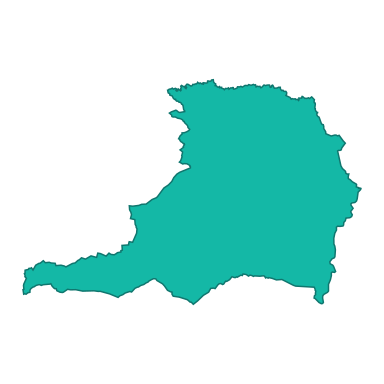 the district of Wat Sing, Chai Nat, Thailand
{"feature_id": "78962969B4118502895229", "entity_name": "Wat Sing", "entity_type": "district", "adm_level": 2, "iso_a3": "THA", "parent_name": "Thailand", "parent_adm1": "Chai Nat", "projection": "orthographic", "projection_center": [99.951, 15.22], "detail": "fine", "context": "isolated", "style": "filled", "palette": "teal", "viewbox_px": 384, "rotation_deg": 0, "n_neighbors": 0, "source": "geoboundaries", "source_scale": "gbopen_adm2", "svg_char_len": 5922}
<svg xmlns="http://www.w3.org/2000/svg" viewBox="0 0 384 384"><path d="M314.1,298.1L315.1,298.5L319.0,302.5L321.3,303.7L322.6,303.5L323.4,302.4L322.6,298.0L322.8,295.7L324.0,294.3L327.5,292.3L328.5,291.0L328.5,284.3L330.4,279.8L331.4,275.5L331.3,273.0L332.3,272.0L334.6,272.4L335.6,271.5L333.5,266.2L332.7,265.1L330.2,263.8L329.8,261.8L332.1,258.8L334.3,257.8L334.9,256.7L335.4,249.8L334.8,246.1L333.9,244.1L333.8,238.3L334.8,233.3L336.5,230.0L336.4,227.2L337.6,226.2L340.0,226.4L343.0,226.0L343.6,225.0L343.8,222.4L345.3,220.8L346.0,218.1L349.9,217.7L351.6,216.6L352.3,214.8L350.9,212.3L350.8,211.4L353.1,208.3L351.0,205.2L351.0,203.7L352.1,202.9L354.9,202.5L356.5,201.0L357.2,198.8L358.1,192.2L360.4,189.8L361.0,188.7L360.7,188.2L358.6,188.4L358.8,187.7L356.3,186.9L356.6,184.6L356.3,184.1L352.2,181.7L350.3,179.8L348.3,178.6L348.2,176.8L348.8,174.0L347.5,174.1L345.9,173.4L345.5,171.3L342.4,168.5L340.9,165.8L337.6,151.0L338.3,150.4L340.0,150.4L341.2,149.9L341.8,147.9L345.3,143.2L343.1,140.8L339.1,135.3L337.7,135.9L336.1,135.1L334.6,135.1L331.2,136.0L325.8,133.7L325.7,131.8L323.7,128.4L323.8,126.7L323.3,124.7L322.1,124.4L321.3,123.4L319.1,117.2L317.8,116.4L317.1,115.4L316.7,113.8L317.0,113.1L317.5,113.0L317.6,112.4L316.9,112.2L315.9,111.2L315.2,109.4L315.3,108.5L314.8,108.1L315.3,104.1L315.1,103.0L314.4,102.9L314.2,102.5L314.1,100.9L314.4,99.7L311.7,96.9L309.5,98.5L308.4,97.8L306.8,98.5L305.9,98.2L304.9,98.5L302.6,96.5L302.0,96.5L301.7,98.1L298.8,98.1L299.0,99.8L298.6,100.5L297.4,99.3L295.8,99.6L295.3,98.8L293.5,99.0L292.1,98.6L291.2,99.2L290.1,97.5L285.9,95.5L286.6,94.3L286.7,92.7L285.9,91.4L283.8,91.3L282.9,90.2L281.8,90.6L281.0,89.8L280.3,88.5L280.3,87.3L278.4,87.3L277.3,88.0L274.3,88.2L272.9,85.4L272.4,85.1L271.8,85.5L271.3,87.0L270.6,87.4L270.0,87.0L269.8,85.4L269.4,85.0L267.0,85.1L265.7,85.6L264.0,85.0L261.5,87.5L260.7,87.7L259.9,86.3L258.7,86.6L257.4,86.2L256.1,86.9L255.6,84.9L255.3,84.7L254.5,85.1L253.4,84.4L251.1,85.3L248.7,84.6L247.7,85.6L245.1,85.4L242.4,87.1L240.9,86.3L239.8,86.9L237.5,86.8L236.9,88.2L233.9,89.2L233.3,88.8L233.3,87.6L232.9,87.5L231.5,88.0L230.6,87.9L229.0,89.2L228.4,87.9L227.2,88.6L225.5,88.4L224.3,89.7L223.6,88.8L221.8,88.3L221.6,87.3L219.6,87.8L219.3,87.5L219.8,86.9L219.6,86.5L218.6,87.1L217.4,87.0L216.5,85.9L215.2,85.6L215.7,84.8L215.7,83.9L214.6,83.3L213.6,82.0L213.3,79.7L211.5,80.0L211.0,81.0L210.0,81.3L207.8,80.9L207.5,81.2L207.6,82.6L206.3,83.1L203.7,82.8L203.4,84.2L202.7,84.0L202.7,83.1L201.4,83.8L200.1,82.9L199.2,83.6L197.6,82.3L197.2,83.3L196.2,84.0L195.2,83.9L194.3,84.5L192.8,84.4L192.2,85.6L191.0,86.1L187.8,84.2L186.7,84.3L185.5,86.0L186.6,87.4L186.0,88.6L185.0,87.8L184.2,86.4L183.4,86.6L181.6,85.4L180.7,86.2L181.3,87.6L180.6,88.7L181.1,90.1L180.6,90.8L178.3,89.0L177.6,90.9L176.5,91.0L175.9,90.2L176.8,89.1L175.4,88.3L173.3,89.1L172.3,88.1L170.9,88.9L169.1,89.2L168.2,90.1L167.6,90.2L168.2,92.9L169.7,93.7L169.9,95.2L172.2,95.9L173.4,98.4L174.7,99.5L175.6,99.3L175.9,100.4L176.6,101.1L178.0,101.2L179.1,102.3L179.9,102.2L181.1,103.0L181.6,104.2L182.3,104.4L183.0,105.5L183.7,109.8L184.6,110.6L184.7,111.6L179.8,112.5L178.5,112.1L176.6,110.5L175.8,110.2L171.3,111.9L169.4,113.1L171.6,115.0L171.9,116.5L173.1,117.0L175.4,117.0L177.7,118.2L180.4,118.7L182.5,119.8L183.2,121.1L184.3,121.5L184.4,122.5L187.0,125.0L187.7,126.0L188.0,127.6L189.7,129.3L188.9,130.5L186.5,131.9L184.3,132.7L182.0,132.9L182.0,134.2L180.3,135.6L178.6,138.8L179.7,139.4L180.0,140.6L181.2,141.9L182.3,142.4L183.5,143.8L184.2,143.7L184.5,144.5L183.2,146.6L183.5,147.3L180.1,149.9L182.5,151.8L182.5,152.8L181.7,155.8L182.1,156.6L181.3,159.0L180.6,160.8L179.4,162.1L182.8,164.0L184.2,163.6L187.0,163.8L189.9,165.5L189.8,166.2L190.4,166.7L190.4,167.9L179.7,172.3L176.9,174.1L173.8,177.6L171.8,181.5L168.5,184.9L163.9,188.0L157.3,196.9L156.0,197.9L152.1,199.5L146.1,204.1L141.7,204.3L138.9,205.4L132.7,206.2L129.3,205.8L129.6,209.8L130.9,212.3L131.5,214.7L130.5,218.6L134.8,219.6L135.2,224.4L136.1,226.1L136.2,227.5L137.0,228.8L136.6,233.2L132.6,242.3L129.2,241.7L128.7,243.4L128.6,244.9L122.0,245.4L122.3,250.2L120.9,250.6L120.9,252.0L117.3,252.7L116.6,253.4L114.2,254.8L110.9,254.4L109.0,253.1L106.1,256.1L100.5,253.6L97.8,253.1L96.6,257.4L91.0,255.9L85.5,259.1L81.5,257.8L79.4,259.7L77.8,260.5L75.2,262.9L72.4,263.5L65.9,266.9L64.3,266.0L61.0,265.2L55.9,265.6L55.2,263.3L51.2,263.0L49.2,262.3L45.3,262.7L43.3,260.7L40.2,263.2L38.8,263.4L35.7,265.2L33.0,270.0L31.5,267.8L30.9,268.2L28.9,268.4L28.4,269.4L25.1,270.2L25.0,273.3L24.4,273.6L25.3,276.2L24.9,276.7L26.4,278.3L23.8,284.1L23.5,285.6L23.9,289.3L23.0,289.6L23.7,294.2L24.7,293.8L26.1,294.2L27.8,292.8L29.9,292.3L30.0,290.1L30.9,288.6L32.9,287.1L33.9,286.9L36.2,285.4L38.7,284.7L40.0,284.7L41.2,285.4L43.3,284.7L49.9,284.1L50.8,283.7L52.1,286.1L53.8,288.0L54.8,288.7L56.3,288.7L56.8,290.7L60.0,292.2L62.4,292.5L63.4,292.2L67.6,289.3L70.6,289.8L75.8,289.7L82.7,291.1L94.0,290.8L98.2,291.4L100.2,291.3L109.6,293.9L118.1,297.4L119.8,295.8L122.8,294.7L125.2,293.0L129.8,291.5L131.6,292.0L135.0,288.3L137.3,287.2L138.5,287.0L140.7,285.5L143.8,284.5L146.1,282.9L148.0,282.1L149.0,281.0L151.5,279.6L153.5,278.7L155.4,278.8L155.9,279.0L156.9,280.5L162.5,283.8L164.5,286.0L167.5,290.3L170.5,291.8L172.0,292.1L172.0,294.2L173.2,296.2L179.2,297.1L187.4,299.7L190.1,302.1L191.3,302.2L193.3,304.3L197.6,300.9L203.4,295.3L208.6,292.2L210.7,288.4L213.5,288.1L215.1,288.6L218.0,284.7L219.1,283.8L220.9,283.5L222.5,284.5L223.6,284.1L225.6,281.2L226.7,281.4L229.6,279.7L232.0,276.7L234.1,277.5L235.4,277.6L236.7,276.8L237.3,277.2L240.8,275.2L242.4,275.5L243.0,274.0L246.2,274.5L248.5,276.1L250.1,275.1L252.3,275.7L253.3,276.4L254.6,275.9L259.7,276.2L263.5,275.8L264.5,276.2L265.5,277.8L265.8,277.4L268.3,278.1L268.7,277.6L272.0,278.3L276.4,279.9L281.9,279.5L293.4,285.3L295.7,286.1L314.2,287.2L315.1,289.1L315.2,290.4L315.8,291.1L315.4,293.3L315.6,294.6L314.4,295.9L314.1,298.1Z" fill="#14b8a6" stroke="#0f766e" stroke-width="1.5"/></svg>